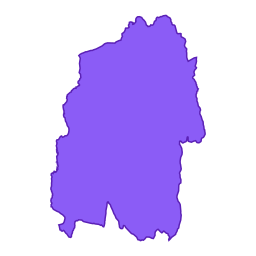 Anosibe-An'ala, Alaotra-Mangoro, Madagascar (Equal Earth projection)
{"feature_id": "10022922B56031688474611", "entity_name": "Anosibe-An'ala", "entity_type": "district", "adm_level": 2, "iso_a3": "MDG", "parent_name": "Madagascar", "parent_adm1": "Alaotra-Mangoro", "projection": "equal_earth", "projection_center": [47.933, -19.502], "detail": "fine", "context": "isolated", "style": "filled", "palette": "violet", "viewbox_px": 256, "rotation_deg": 0, "n_neighbors": 0, "source": "geoboundaries", "source_scale": "gbopen_adm2", "svg_char_len": 5745}
<svg xmlns="http://www.w3.org/2000/svg" viewBox="0 0 256 256"><path d="M56.6,149.1L56.6,149.9L57.2,149.9L57.4,150.2L56.7,151.3L57.1,151.9L56.9,152.6L57.2,153.0L57.6,152.5L57.9,152.4L58.1,153.5L57.9,154.1L57.9,154.8L57.4,155.1L57.2,155.9L56.7,156.3L57.2,161.5L56.6,162.0L57.5,162.5L57.2,163.7L57.7,164.0L57.5,165.0L58.0,165.3L58.1,166.5L57.7,167.3L57.1,167.3L57.5,168.1L57.3,168.7L57.8,168.9L57.8,169.3L57.5,169.7L56.8,169.4L56.9,170.7L56.4,171.6L55.9,171.7L55.7,172.2L55.1,172.0L54.6,172.3L54.5,172.2L54.6,171.4L54.2,171.3L53.9,172.0L53.0,172.6L53.1,173.5L51.8,173.3L51.4,173.6L51.2,174.2L51.2,175.4L51.7,175.8L52.0,177.0L51.5,178.7L51.8,180.7L51.7,182.3L51.5,183.0L51.6,183.9L51.5,186.4L51.0,187.6L50.9,188.8L51.0,189.6L51.5,190.4L51.6,191.5L52.0,192.0L52.1,192.8L52.6,193.8L52.5,194.7L52.7,195.1L52.3,195.6L52.2,197.8L51.4,198.3L50.9,200.3L51.1,202.0L51.9,203.1L51.5,204.3L51.1,204.7L51.2,205.4L51.1,206.7L51.9,206.8L53.4,209.3L57.2,211.4L58.9,212.0L60.6,213.5L62.6,214.7L64.8,217.0L65.0,218.4L64.2,221.8L63.2,223.5L61.6,224.2L58.8,224.9L59.2,225.8L60.0,229.9L61.0,230.1L61.2,230.7L62.1,231.2L63.6,230.4L63.9,230.6L66.0,233.4L66.7,233.8L68.9,237.0L70.7,237.4L71.4,236.7L71.5,234.8L72.4,232.9L72.5,231.6L72.8,230.8L73.3,230.3L73.9,228.5L74.6,227.8L74.9,225.1L74.6,224.1L75.1,221.5L76.6,220.6L77.2,220.8L77.8,220.6L78.5,219.8L81.9,220.1L82.6,220.9L83.7,221.6L90.5,223.2L93.1,223.7L93.9,223.3L95.0,223.9L98.6,224.3L100.8,225.3L101.6,225.0L103.0,226.6L103.7,226.8L104.2,225.7L104.7,223.2L104.7,221.1L105.1,220.1L105.0,219.3L105.9,213.4L105.9,210.7L106.9,205.7L107.1,203.1L107.5,202.1L108.1,201.9L108.5,202.4L108.7,203.1L110.3,204.7L111.0,206.8L112.7,210.4L113.9,213.6L115.0,215.4L116.1,218.2L118.5,220.9L118.9,222.3L119.0,223.9L119.3,225.1L119.5,227.1L120.5,228.4L121.9,228.7L122.6,228.4L123.0,227.6L123.4,225.7L123.6,225.5L124.5,225.7L124.9,226.0L125.7,227.5L131.1,233.2L131.8,233.7L133.5,234.3L136.7,237.1L137.9,239.7L139.9,240.1L140.3,240.6L140.8,240.6L142.1,239.9L143.4,240.2L144.8,239.0L146.3,237.1L146.9,237.0L149.4,237.1L152.0,238.3L153.4,238.5L155.0,235.4L155.0,233.2L155.4,231.6L157.3,229.6L158.1,229.3L160.5,231.8L161.8,232.8L162.4,232.5L163.4,231.2L163.9,231.1L166.3,233.2L167.8,233.6L168.0,233.9L168.3,235.3L169.5,236.6L169.6,237.1L168.7,239.5L168.9,240.3L170.5,238.7L171.5,237.4L175.6,234.4L175.7,233.6L177.0,231.2L177.6,229.0L178.7,228.0L179.2,224.9L180.7,220.1L181.2,215.1L180.7,213.0L180.8,211.4L180.3,205.6L180.1,204.4L179.2,202.6L178.1,201.3L176.9,197.4L177.0,195.7L178.6,190.9L178.8,185.1L179.6,183.6L180.8,182.9L180.9,180.7L180.9,179.6L180.1,177.4L180.0,174.8L179.5,173.2L179.6,172.6L180.9,170.1L181.2,168.9L180.5,164.3L180.2,163.5L180.1,161.2L180.7,157.3L182.0,154.4L182.2,152.2L181.7,148.3L180.2,145.2L179.4,144.1L179.6,143.4L179.6,141.4L180.0,141.1L181.0,141.3L182.2,142.7L182.9,143.0L184.8,142.0L185.7,141.8L186.6,140.8L187.2,137.5L187.3,137.1L187.8,136.9L188.1,137.4L188.1,140.2L188.4,141.3L191.4,142.2L193.6,141.2L195.6,140.7L196.9,142.5L198.2,142.8L199.2,142.7L200.8,141.6L201.1,141.1L201.3,139.2L201.6,138.5L201.9,138.1L203.3,137.4L203.9,136.7L205.1,134.3L205.1,133.4L204.9,131.8L204.5,130.8L204.8,130.1L204.1,129.3L203.8,126.4L203.3,124.7L203.1,121.8L202.1,119.8L201.2,116.6L199.8,113.8L199.9,111.5L200.5,110.2L200.4,109.3L199.9,107.9L198.3,106.0L197.7,102.8L196.9,100.9L197.0,98.5L196.1,96.7L196.1,94.4L196.7,93.1L196.8,91.6L196.9,91.3L197.7,90.9L197.7,89.7L198.3,88.9L197.3,87.9L197.1,86.7L196.5,85.7L196.6,84.8L196.0,83.7L195.9,82.5L195.2,81.2L194.7,80.8L194.3,79.5L192.9,78.4L192.6,77.4L193.0,76.6L194.6,75.2L194.5,74.3L193.9,72.0L194.9,69.7L195.9,68.8L196.5,67.8L196.4,67.4L195.6,66.9L195.3,66.5L195.3,65.8L196.1,63.2L196.5,61.1L196.3,59.7L196.5,57.4L194.2,57.9L188.2,61.3L187.2,59.0L186.7,57.2L186.7,52.9L186.4,51.4L186.7,48.9L185.1,47.1L184.7,46.5L184.5,45.7L184.8,44.0L185.7,41.5L185.1,39.2L184.8,38.8L183.1,37.7L181.3,36.8L181.1,36.4L181.0,33.7L180.5,33.5L177.9,33.7L176.9,33.0L175.0,25.8L174.3,25.1L172.4,24.8L172.0,24.1L171.7,22.6L170.9,21.5L170.8,19.5L169.9,17.9L167.2,16.5L166.9,15.9L166.0,15.4L163.2,15.8L161.7,16.7L161.0,16.5L158.8,17.6L157.5,17.2L157.0,17.4L156.4,18.2L156.1,19.0L156.3,19.4L155.7,20.6L154.5,21.3L153.6,24.0L153.2,24.7L152.0,25.3L150.9,24.8L149.7,26.4L148.8,26.2L148.1,26.6L147.8,26.5L147.2,25.6L146.4,25.1L145.5,22.2L144.0,20.2L142.9,19.3L141.7,17.5L139.7,16.7L137.6,16.8L136.6,17.6L135.8,19.1L135.9,20.3L135.6,20.9L135.9,21.4L135.7,22.0L133.8,24.1L132.8,24.3L132.8,23.6L133.2,22.9L132.7,22.4L131.7,22.3L131.0,21.9L129.4,22.3L129.1,24.4L128.5,25.0L128.6,26.1L129.1,27.0L128.9,27.5L127.7,28.1L125.7,28.1L125.4,28.6L125.3,29.7L124.4,31.7L123.5,32.6L122.0,33.7L122.0,35.0L122.4,36.4L121.6,37.9L120.8,40.3L119.5,40.4L116.1,41.9L114.9,43.1L107.6,42.9L105.6,43.4L104.5,43.9L102.2,45.9L96.1,49.0L93.3,49.9L92.5,50.4L90.7,50.5L86.6,51.8L85.7,51.8L83.3,52.9L81.8,53.4L80.0,54.4L78.8,55.6L79.8,57.0L80.3,58.4L79.5,63.4L80.1,68.4L79.2,72.7L80.5,74.3L80.8,77.6L80.6,78.0L80.0,78.5L79.4,80.3L78.2,81.3L78.0,82.5L78.2,83.3L79.4,84.4L79.5,85.2L79.3,85.5L79.0,85.4L76.6,87.1L76.0,87.1L76.0,88.3L74.6,88.2L73.5,88.8L72.1,90.4L71.6,90.5L71.4,90.9L71.3,91.9L70.3,92.3L67.3,94.9L67.1,95.3L67.3,96.2L66.7,96.8L66.8,97.9L66.6,98.3L67.3,99.6L66.7,101.7L64.8,103.9L64.2,104.8L63.4,104.8L63.1,105.1L63.1,107.0L63.6,109.9L64.1,110.8L63.9,112.2L64.4,113.4L64.4,113.7L63.8,113.7L63.6,114.1L63.6,115.8L64.2,117.3L65.0,117.8L65.5,121.1L66.5,122.7L67.3,125.7L68.5,127.3L68.9,128.4L69.0,130.5L68.5,133.2L67.8,134.6L66.9,135.6L66.2,135.8L65.0,135.8L64.2,136.6L62.6,137.3L62.3,137.1L61.6,136.0L61.3,136.0L60.3,136.7L58.6,139.5L58.0,139.8L57.1,139.8L56.7,140.1L56.5,140.6L56.5,141.8L57.1,143.0L56.7,143.9L56.8,144.5L56.3,145.7L56.8,147.7L57.1,148.2L56.6,149.1Z" fill="#8b5cf6" stroke="#5b21b6" stroke-width="1.5"/></svg>